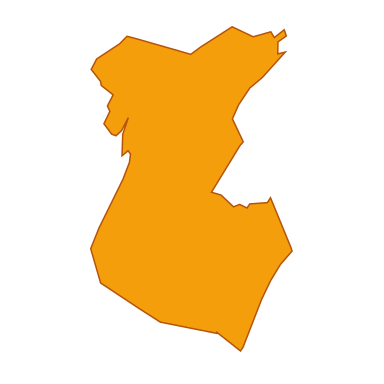 outline of Huntingdon, Pennsylvania, United States of America, rotated 356°
{"feature_id": "52423323B28488791347792", "entity_name": "Huntingdon", "entity_type": "district", "adm_level": 2, "iso_a3": "USA", "parent_name": "United States of America", "parent_adm1": "Pennsylvania", "projection": "equal_earth", "projection_center": [-77.953, 40.403], "detail": "fine", "context": "isolated", "style": "filled", "palette": "amber", "viewbox_px": 384, "rotation_deg": 356, "n_neighbors": 0, "source": "geoboundaries", "source_scale": "gbopen_adm2", "svg_char_len": 879}
<svg xmlns="http://www.w3.org/2000/svg" viewBox="0 0 384 384"><g transform="rotate(356 192 192)"><path d="M269.9,203.2L266.4,207.9L248.8,207.9L245.8,211.8L238.7,207.7L232.4,209.7L220.8,197.1L211.4,193.6L243.2,148.9L246.6,145.5L237.4,121.8L244.7,108.1L256.9,92.3L270.0,82.8L294.8,58.9L287.2,60.2L288.2,48.3L297.0,42.9L295.3,36.6L284.9,43.7L281.8,37.7L263.8,41.4L243.6,30.0L210.5,48.1L200.4,54.6L149.4,36.0L138.1,32.1L130.0,39.2L106.2,52.6L100.0,62.7L108.5,75.3L108.9,79.4L120.1,89.6L113.6,100.3L115.7,105.8L108.9,117.8L115.9,128.7L120.1,130.6L126.0,125.9L133.7,113.3L126.9,129.7L124.7,151.0L131.1,146.4L133.3,150.0L131.6,158.2L123.9,174.7L96.6,221.6L87.0,241.5L94.5,276.4L131.3,304.7L151.3,319.6L207.0,334.8L207.1,333.8L229.3,354.0L232.1,350.4L254.0,303.9L264.1,286.1L275.1,270.5L287.7,257.9L286.8,254.2L269.9,203.2Z" fill="#f59e0b" stroke="#b45309" stroke-width="1.5"/></g></svg>